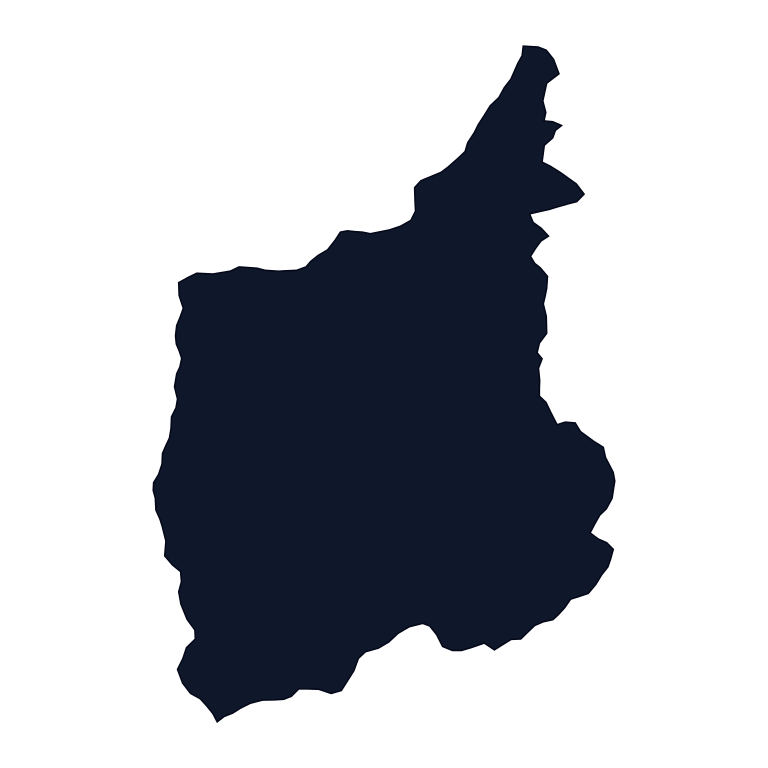 outline of Guapiaçu, São Paulo, Brazil
{"feature_id": "56859067B16319399596157", "entity_name": "Guapiaçu", "entity_type": "district", "adm_level": 2, "iso_a3": "BRA", "parent_name": "Brazil", "parent_adm1": "São Paulo", "projection": "mercator", "projection_center": [-49.18, -20.723], "detail": "fine", "context": "isolated", "style": "filled", "palette": "ink", "viewbox_px": 768, "rotation_deg": 0, "n_neighbors": 0, "source": "geoboundaries", "source_scale": "gbopen_adm2", "svg_char_len": 2532}
<svg xmlns="http://www.w3.org/2000/svg" viewBox="0 0 768 768"><path d="M523.2,46.1L522.1,55.7L517.8,63.4L510.9,79.1L504.3,87.6L498.9,97.5L490.2,105.8L484.3,115.3L478.2,124.7L474.3,132.6L467.7,142.7L465.1,151.5L459.3,157.1L448.0,167.1L441.1,172.3L427.8,177.8L420.9,180.7L414.6,187.6L415.0,200.7L415.5,211.1L410.8,220.4L400.5,226.2L389.5,229.9L370.4,233.7L362.3,232.1L354.9,231.6L347.3,230.8L340.4,232.1L335.4,239.8L327.6,249.8L318.0,255.5L310.8,261.3L306.0,266.9L296.6,270.3L285.6,270.8L278.4,271.2L265.2,270.3L257.1,268.2L239.1,266.9L230.3,271.1L212.9,274.0L196.8,273.2L188.3,277.3L178.7,282.6L179.1,295.4L183.3,308.3L179.9,317.7L176.7,325.4L175.5,335.7L176.3,344.0L179.4,351.4L181.7,358.4L179.9,366.9L176.7,373.7L174.5,386.8L177.5,399.0L176.0,407.8L171.5,416.8L171.0,428.7L169.4,438.1L165.9,445.5L162.5,453.4L162.0,464.1L158.6,474.4L153.6,482.6L153.2,490.4L155.3,498.0L155.9,510.1L159.9,519.0L162.2,526.3L165.9,541.1L164.7,555.9L172.5,565.0L180.6,571.6L181.4,581.8L178.7,591.8L180.9,604.1L187.1,619.4L194.9,630.0L195.3,639.0L186.5,647.6L182.9,658.5L177.5,669.4L182.6,683.1L190.5,693.4L200.3,698.8L207.2,706.5L212.9,713.6L217.2,721.9L224.1,716.5L232.7,713.1L240.2,708.3L250.2,703.3L262.5,700.1L274.1,699.9L283.8,699.3L291.5,696.2L298.8,688.9L306.5,688.9L318.8,689.3L331.2,693.5L341.4,690.5L353.9,670.7L358.4,658.4L365.4,651.8L378.5,648.1L388.8,642.0L398.1,633.3L409.2,626.8L422.7,623.4L429.7,626.0L436.6,634.6L442.6,646.5L452.4,650.5L461.5,650.5L471.3,647.6L484.3,643.1L494.4,649.9L503.1,644.4L511.2,639.4L520.8,639.0L526.6,633.3L534.7,625.5L543.3,621.8L552.9,619.7L558.3,614.7L564.7,607.7L570.6,599.2L581.2,595.8L588.3,593.4L595.9,584.3L601.6,574.9L607.9,566.9L610.6,559.2L613.3,549.3L606.7,542.7L598.3,539.0L590.1,532.9L594.7,524.1L599.8,515.1L606.3,508.9L612.1,498.3L613.3,490.4L614.8,481.0L613.2,472.3L609.4,464.9L605.5,457.5L603.3,447.3L594.0,441.5L580.5,431.6L575.2,422.9L565.2,422.1L557.1,424.7L550.9,412.6L546.0,402.4L539.4,396.1L539.4,388.4L539.7,380.6L538.5,368.2L542.1,358.8L537.1,352.7L539.4,343.1L546.7,333.3L546.3,316.3L543.3,303.9L545.2,295.9L546.7,288.4L547.5,276.4L540.4,267.9L534.7,263.4L530.5,256.3L535.8,248.0L540.9,241.1L548.5,236.1L541.3,228.3L533.2,222.5L529.6,213.9L540.4,211.4L549.4,209.4L557.1,207.0L569.1,203.6L576.7,201.7L584.1,194.1L576.3,183.9L560.8,172.8L550.5,166.3L542.1,162.1L544.3,145.3L552.7,137.9L555.4,130.4L561.6,125.5L552.7,121.7L544.0,120.9L545.8,112.4L542.8,100.9L546.7,83.2L559.0,73.8L553.6,59.4L546.3,50.2L538.2,47.0L523.2,46.1Z" fill="#0f172a" stroke="#020617" stroke-width="1.5"/></svg>